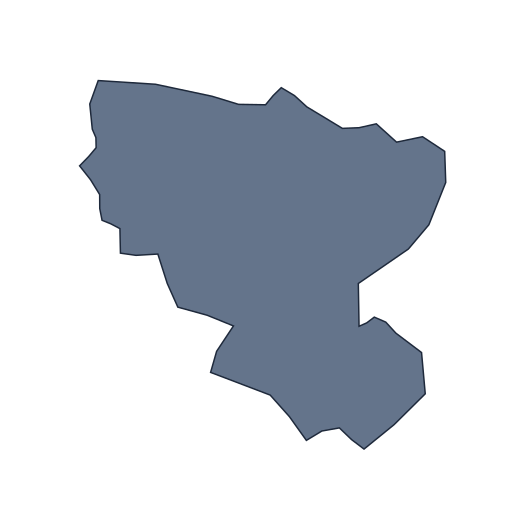 an SVG outline of Floreşti, rotated 12°
{"feature_id": "MDA-1635", "entity_name": "Floreşti", "entity_type": "District", "adm_level": 1, "iso_a3": "MDA", "parent_name": "Moldova", "parent_adm1": "", "projection": "robinson", "projection_center": [28.303, 47.851], "detail": "fine", "context": "isolated", "style": "filled", "palette": "slate", "viewbox_px": 512, "rotation_deg": 12, "n_neighbors": 0, "source": "natural_earth", "source_scale": "10m", "svg_char_len": 827}
<svg xmlns="http://www.w3.org/2000/svg" viewBox="0 0 512 512"><g transform="rotate(12 256 256)"><path d="M403.6,217.5L361.8,261.6L371.4,303.3L378.2,298.4L384.4,291.2L396.7,293.7L408.9,302.4L438.0,316.0L450.2,355.6L426.1,392.3L401.8,422.4L387.6,415.7L373.3,406.8L356.8,413.5L343.6,425.9L322.1,406.2L298.8,389.1L235.8,379.3L237.3,357.4L248.5,329.1L220.6,324.1L190.2,322.3L174.9,301.3L159.6,274.5L138.5,280.3L122.8,281.4L117.2,257.5L107.2,254.7L98.0,253.1L93.3,242.1L90.3,228.4L78.3,215.8L64.7,204.5L71.6,193.6L77.1,183.3L74.8,173.5L69.5,166.0L61.8,141.9L65.2,117.2L122.0,108.9L179.9,108.9L207.4,111.3L233.9,106.1L239.5,95.4L245.7,86.1L260.3,91.1L274.8,99.6L314.0,113.2L330.1,109.1L346.2,101.7L369.8,115.4L394.1,104.7L418.8,114.4L426.3,144.6L418.6,189.5L403.6,217.5Z" fill="#64748b" stroke="#1e293b" stroke-width="1.5"/></g></svg>